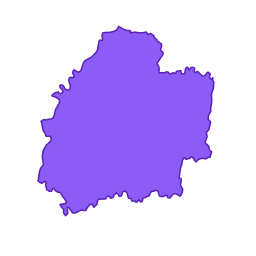 outline of Vinnytsya, rotated 101°
{"feature_id": "UKR-323", "entity_name": "Vinnytsya", "entity_type": "Region", "adm_level": 1, "iso_a3": "UKR", "parent_name": "Ukraine", "parent_adm1": "", "projection": "natural_earth1", "projection_center": [28.815, 48.941], "detail": "fine", "context": "isolated", "style": "filled", "palette": "violet", "viewbox_px": 256, "rotation_deg": 101, "n_neighbors": 0, "source": "natural_earth", "source_scale": "10m", "svg_char_len": 5800}
<svg xmlns="http://www.w3.org/2000/svg" viewBox="0 0 256 256"><g transform="rotate(101 128 128)"><path d="M48.6,173.0L47.1,172.4L47.0,170.0L45.4,169.8L43.5,170.9L42.7,171.0L39.7,171.0L39.0,170.1L37.5,164.1L36.4,161.4L35.0,159.0L32.9,157.3L30.1,156.5L31.8,151.5L32.2,149.3L32.4,147.1L32.1,145.3L32.0,144.4L32.2,144.1L32.5,143.9L33.7,143.9L34.1,143.6L34.2,143.2L33.4,141.9L32.9,140.7L32.6,139.4L32.3,133.8L31.4,131.0L30.6,129.4L30.4,128.4L30.7,127.8L31.8,127.2L32.2,126.7L32.3,126.4L32.1,125.7L31.2,124.4L31.0,123.6L31.0,123.1L31.6,122.4L32.1,120.8L34.7,118.8L35.7,116.5L37.2,115.8L37.6,115.4L37.7,114.3L38.1,113.3L39.0,111.5L39.8,110.8L41.5,110.7L45.1,111.1L45.6,110.7L47.1,108.4L47.6,107.9L48.1,107.7L49.8,108.0L50.9,108.4L52.8,109.5L55.3,110.1L57.4,111.3L58.2,111.6L59.4,111.7L60.1,111.3L61.5,109.8L62.2,109.3L63.8,108.7L66.7,108.4L67.4,108.1L67.7,107.8L67.8,107.4L67.2,105.5L67.3,104.4L67.1,103.4L66.7,102.5L65.7,101.3L65.4,100.1L65.5,99.4L66.1,98.4L66.8,97.7L67.0,97.3L67.0,96.9L66.5,96.1L65.5,94.9L65.2,94.3L65.3,92.6L65.2,91.9L64.6,91.5L63.4,91.3L62.9,91.0L62.6,90.4L62.5,89.3L61.8,88.1L61.7,87.5L61.8,87.2L62.1,86.8L64.7,85.9L64.8,85.3L64.3,84.1L63.9,83.2L63.4,82.8L59.0,82.8L58.1,82.6L57.4,82.2L57.2,81.9L57.1,81.3L57.2,80.9L57.6,80.3L58.8,79.4L58.9,79.2L58.5,78.7L56.4,77.4L56.1,76.4L56.2,75.0L56.7,74.0L57.8,73.8L58.8,74.2L59.2,74.2L59.7,73.9L60.4,73.1L60.6,72.5L60.5,72.1L59.3,70.9L59.2,70.6L59.2,70.3L60.1,69.2L62.3,65.5L62.7,64.4L62.5,63.4L61.7,62.4L60.5,61.7L58.7,61.0L58.1,60.4L58.0,59.9L58.1,59.6L58.9,58.0L59.4,57.6L61.5,57.9L62.7,57.6L63.8,56.6L64.2,56.0L64.3,55.6L64.1,55.4L62.5,54.4L62.6,54.2L64.3,54.1L65.2,53.9L66.5,52.5L72.9,51.8L77.8,52.5L80.2,52.2L86.3,50.8L93.2,50.6L95.2,49.9L96.6,50.1L100.0,51.3L101.4,51.4L102.9,51.3L104.1,50.9L104.6,50.4L106.0,48.4L106.2,48.2L107.0,48.1L113.3,48.2L114.0,48.3L115.8,49.2L117.1,50.1L118.6,49.8L121.3,48.7L127.1,49.4L127.8,49.4L128.4,48.9L129.1,47.3L130.2,45.6L131.4,44.9L133.7,44.0L134.5,43.3L135.2,41.7L135.5,41.4L136.1,41.4L140.6,41.9L141.4,42.2L141.5,42.6L141.3,43.2L141.4,43.6L141.8,44.2L143.0,45.1L143.5,46.0L143.3,46.8L143.6,48.1L143.6,49.5L143.7,49.9L144.9,52.1L145.5,52.8L148.0,54.5L148.2,54.9L148.2,55.2L144.7,58.8L144.1,60.0L144.2,60.4L145.9,61.5L146.2,61.9L146.6,63.3L147.6,64.5L147.7,65.1L147.6,65.3L146.5,66.6L146.4,66.8L146.6,67.3L147.4,67.8L149.6,68.4L152.3,68.2L157.4,68.8L165.1,68.4L166.9,68.6L167.2,68.5L167.6,66.4L168.2,66.1L169.0,65.8L172.1,65.6L173.3,65.6L174.0,65.5L174.7,65.1L177.5,62.8L178.3,62.5L180.1,62.5L183.6,63.0L184.6,63.5L184.9,64.2L184.8,64.8L183.7,67.2L183.5,68.7L183.6,69.7L184.0,70.6L185.0,71.6L188.3,73.1L188.6,73.4L188.7,74.5L188.7,75.6L188.1,76.2L187.1,76.6L186.9,76.9L186.8,77.5L188.7,80.9L188.9,81.5L188.9,82.8L188.9,83.6L188.6,84.2L184.7,86.4L184.3,86.8L183.9,87.5L183.9,88.7L185.3,91.1L185.5,91.6L185.6,92.4L185.8,92.8L186.2,93.1L188.0,93.8L190.1,94.1L190.7,94.4L192.0,96.6L193.3,98.3L194.0,99.6L194.2,99.8L194.6,100.0L196.7,99.9L197.5,100.2L198.2,101.5L196.6,103.1L196.6,103.7L198.3,104.6L199.2,105.6L199.3,106.0L199.2,106.4L198.5,107.5L198.5,107.9L199.0,109.8L198.9,110.3L198.7,110.6L197.0,111.4L196.6,111.8L196.6,112.3L196.7,113.8L196.6,114.2L196.3,114.5L195.0,115.0L191.9,116.7L191.1,117.7L190.9,118.2L190.7,118.8L190.9,119.9L191.5,120.7L192.1,121.0L195.2,121.3L195.9,121.6L196.4,122.3L196.7,123.5L196.5,123.9L195.4,124.4L195.1,124.7L194.6,126.0L193.8,127.0L193.9,127.3L195.4,128.1L196.5,128.9L198.0,129.0L198.7,129.3L199.7,130.3L200.1,131.4L200.1,131.9L200.0,132.2L198.8,133.0L198.5,133.4L198.8,134.6L199.2,135.4L199.7,135.8L201.8,136.3L202.1,137.1L203.4,142.9L203.8,143.6L206.7,144.1L208.7,143.9L209.1,144.1L209.6,144.3L210.7,145.4L211.9,146.0L212.2,146.4L212.2,146.7L212.0,146.9L210.5,147.7L210.0,148.4L209.9,149.3L210.1,150.2L211.0,151.1L213.4,152.5L216.6,153.6L217.1,153.9L217.3,154.2L217.4,157.2L217.7,158.4L219.0,160.5L220.4,161.9L221.4,163.7L221.9,165.0L221.9,165.4L221.8,166.1L221.2,167.1L220.8,167.5L220.0,167.7L219.5,169.0L219.1,169.5L217.4,170.9L217.2,171.9L217.3,172.2L217.6,172.4L218.4,172.4L221.9,171.1L223.1,170.9L224.2,171.2L225.9,172.6L224.2,174.6L223.2,175.2L220.7,175.5L220.3,175.7L219.0,177.5L217.4,179.2L216.6,179.8L216.1,180.0L215.6,179.2L215.0,177.3L214.4,176.6L214.4,176.2L214.5,175.5L214.4,175.1L214.1,174.8L213.0,174.6L212.0,174.7L210.6,175.7L207.4,179.4L204.7,181.7L204.3,182.6L204.4,184.2L204.2,185.4L203.2,187.5L201.8,189.1L201.5,189.7L201.7,190.2L202.0,190.4L204.8,191.2L205.0,191.5L204.8,192.4L205.1,193.2L205.0,193.6L204.1,195.2L204.2,195.9L200.0,197.9L198.7,198.1L197.5,197.9L196.7,198.3L196.4,198.7L196.3,199.1L196.4,199.4L198.3,201.5L198.6,202.1L198.7,202.5L198.5,203.1L197.3,206.2L197.0,206.3L195.6,206.0L194.6,206.3L190.5,206.6L185.0,206.3L184.1,206.1L180.6,204.2L179.5,204.2L172.6,206.7L165.9,206.9L160.3,204.9L159.7,204.6L159.1,203.8L157.9,203.1L156.0,201.7L154.8,201.2L154.3,201.2L151.6,202.1L151.1,202.5L151.0,202.8L151.1,203.5L151.7,206.1L151.6,206.8L151.4,207.0L148.8,208.5L147.0,210.5L145.4,211.4L139.3,213.7L138.0,214.6L137.5,214.0L136.4,213.0L135.9,212.4L135.5,209.4L134.3,207.0L133.9,205.1L133.4,204.4L131.4,203.2L128.8,202.8L123.8,202.7L117.1,200.4L114.8,200.3L113.1,200.9L111.8,204.3L111.3,206.2L111.3,207.8L111.0,208.6L110.2,208.7L108.8,207.8L107.9,207.0L105.9,203.4L107.1,202.2L107.2,200.8L106.5,199.6L105.3,198.9L103.7,199.1L102.7,200.2L101.9,201.6L100.8,202.7L99.3,202.9L98.5,202.2L98.4,200.9L98.8,199.6L100.0,198.5L101.0,197.9L101.8,197.0L102.3,195.1L102.2,193.4L101.4,192.6L100.2,192.5L96.9,192.8L94.5,194.4L92.9,195.1L91.2,195.4L90.0,195.1L89.2,194.1L89.0,192.3L88.5,190.8L87.3,190.9L85.0,192.5L83.9,192.8L82.3,192.7L81.2,192.0L82.6,188.4L82.3,186.8L81.1,185.6L79.6,185.0L73.1,184.3L70.2,183.3L68.6,181.2L68.1,180.8L65.8,177.8L64.7,176.8L60.0,173.9L57.6,172.9L48.6,173.0Z" fill="#8b5cf6" stroke="#5b21b6" stroke-width="1.5"/></g></svg>